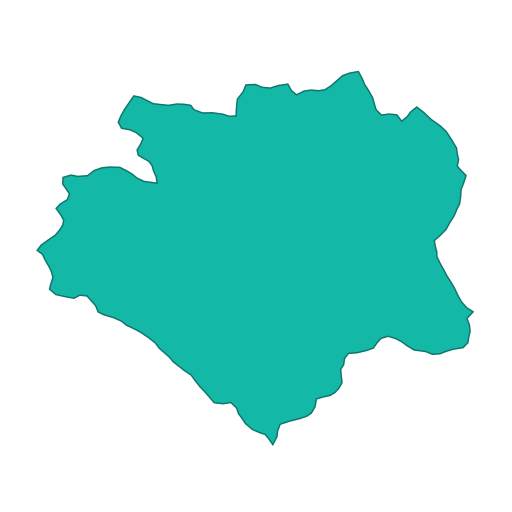 Cristina, Minas Gerais, Brazil, rotated 92°
{"feature_id": "56859067B21860273941917", "entity_name": "Cristina", "entity_type": "district", "adm_level": 2, "iso_a3": "BRA", "parent_name": "Brazil", "parent_adm1": "Minas Gerais", "projection": "equal_earth", "projection_center": [-45.291, -22.212], "detail": "fine", "context": "isolated", "style": "filled", "palette": "teal", "viewbox_px": 512, "rotation_deg": 92, "n_neighbors": 0, "source": "geoboundaries", "source_scale": "gbopen_adm2", "svg_char_len": 2655}
<svg xmlns="http://www.w3.org/2000/svg" viewBox="0 0 512 512"><g transform="rotate(92 256 256)"><path d="M304.2,37.1L300.5,43.4L295.0,48.8L288.1,53.0L280.9,56.7L274.1,61.1L269.4,64.4L263.3,67.9L256.3,72.1L250.4,75.2L245.6,75.5L240.5,77.0L234.4,78.4L229.1,72.8L222.9,67.1L215.7,63.4L208.7,59.3L202.3,56.9L196.9,54.4L190.1,53.6L182.4,53.4L175.4,50.9L168.2,48.9L163.2,54.3L159.1,58.0L152.7,56.9L146.2,58.6L141.3,59.3L135.3,63.1L129.4,67.1L124.5,70.7L119.2,76.9L113.6,85.5L106.6,93.5L101.5,100.5L106.6,106.4L111.5,109.8L116.2,115.1L110.0,120.2L109.5,128.3L110.8,135.5L105.8,141.0L99.7,143.1L93.8,144.9L87.2,149.0L80.6,153.5L74.6,156.3L68.1,160.1L69.9,168.7L72.7,175.7L77.7,181.0L83.4,187.1L87.5,193.0L88.7,199.7L88.2,206.5L89.5,213.8L93.5,221.1L89.5,226.4L83.1,230.2L84.9,239.8L87.7,247.5L87.2,255.8L84.6,262.7L85.4,272.0L92.2,274.5L99.9,280.1L109.2,280.7L116.7,280.8L117.3,287.7L115.4,294.3L114.4,304.3L114.9,314.4L112.1,323.0L107.7,326.5L106.9,333.4L106.9,340.6L108.5,348.6L108.0,356.3L107.4,363.9L104.4,370.5L101.6,376.4L100.3,383.7L106.7,387.8L113.9,392.4L121.2,396.1L127.1,398.3L133.0,394.8L134.3,386.2L136.9,379.9L142.3,372.9L148.5,375.3L154.2,378.5L159.4,377.1L162.3,371.8L165.1,366.3L169.5,362.9L174.4,361.4L180.3,358.5L186.7,357.4L186.0,364.0L185.4,370.5L182.4,377.4L178.3,383.0L175.4,388.2L172.2,395.1L172.2,405.5L173.3,413.2L176.2,420.7L181.6,427.1L182.7,436.8L181.6,443.7L184.2,451.6L191.0,451.6L195.5,448.1L200.4,444.6L206.2,446.4L210.8,453.3L215.4,457.4L221.7,452.6L226.8,449.5L231.5,450.1L236.7,453.0L242.3,457.4L247.2,464.1L252.7,471.1L258.0,474.9L261.6,469.6L267.4,466.5L273.5,462.7L278.5,460.0L284.4,458.2L290.9,460.0L296.4,461.2L301.5,454.7L303.3,445.0L304.6,436.4L301.3,430.8L301.8,423.6L306.1,419.4L311.3,414.5L317.5,411.7L320.0,406.1L322.5,396.5L325.6,388.6L329.9,382.6L332.5,376.4L335.8,369.4L341.3,360.5L346.5,353.5L351.7,349.3L355.8,344.2L360.1,339.0L364.5,335.1L368.2,330.2L373.1,323.4L377.2,316.7L382.4,312.6L388.6,307.4L394.0,301.9L398.1,298.1L404.1,292.6L404.8,283.8L403.3,276.0L408.3,270.3L414.2,267.9L418.5,264.5L423.8,260.7L429.4,253.7L432.3,246.5L434.0,240.6L438.0,237.1L443.9,232.6L435.7,228.7L430.4,228.4L423.3,226.0L419.9,216.9L417.0,206.7L414.4,199.9L411.1,195.2L404.4,191.7L396.7,190.6L394.3,183.3L392.8,177.1L389.5,172.2L385.2,168.5L379.6,165.6L372.5,166.7L366.2,167.4L361.8,164.7L355.2,163.9L350.1,160.2L349.1,151.4L346.5,142.1L343.9,135.5L338.5,132.0L333.9,128.2L331.6,121.0L333.6,113.6L336.5,107.5L340.0,102.5L344.4,94.7L345.5,83.2L348.1,76.2L347.3,68.9L344.8,63.1L342.3,55.8L340.3,45.8L335.2,41.2L329.2,40.5L324.0,39.4L317.4,40.3L311.1,43.0L304.2,37.1Z" fill="#14b8a6" stroke="#0f766e" stroke-width="1.5"/></g></svg>